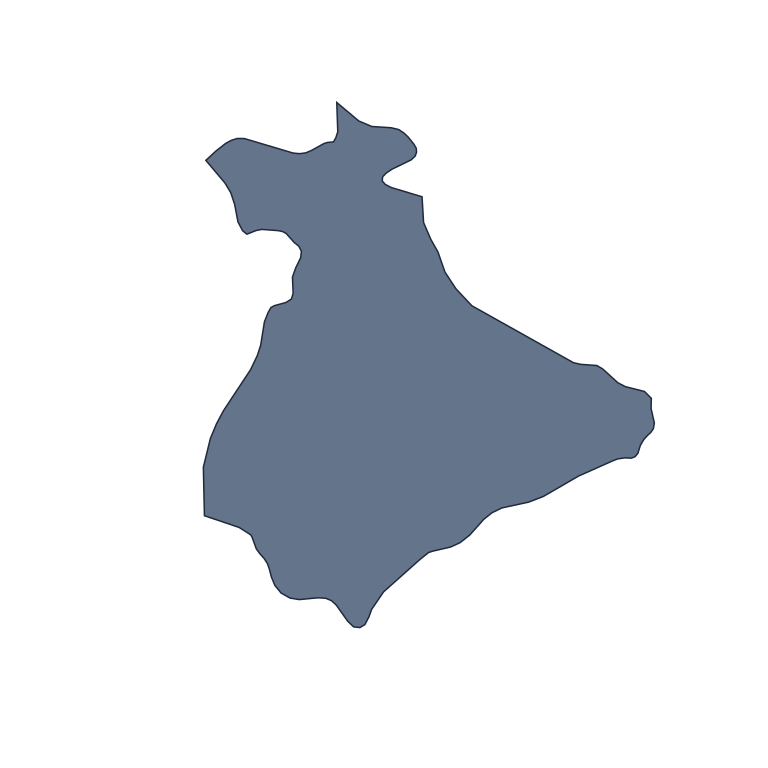 Bouira, Robinson projection, rotated 27°
{"feature_id": "DZA-2210", "entity_name": "Bouira", "entity_type": "Province", "adm_level": 1, "iso_a3": "DZA", "parent_name": "Algeria", "parent_adm1": "", "projection": "robinson", "projection_center": [3.808, 36.278], "detail": "fine", "context": "isolated", "style": "filled", "palette": "slate", "viewbox_px": 768, "rotation_deg": 27, "n_neighbors": 0, "source": "natural_earth", "source_scale": "10m", "svg_char_len": 1730}
<svg xmlns="http://www.w3.org/2000/svg" viewBox="0 0 768 768"><g transform="rotate(27 384 384)"><path d="M622.1,349.3L599.0,377.9L577.2,411.6L566.8,423.3L545.2,441.0L538.6,449.8L534.3,459.4L529.0,479.6L523.9,490.7L517.4,499.0L503.2,510.9L500.2,514.0L495.9,523.5L478.0,569.4L475.3,590.5L476.3,598.3L476.2,607.0L473.1,612.0L467.1,614.2L459.3,611.8L441.7,602.6L435.4,600.9L429.2,601.4L422.0,604.6L406.5,614.5L397.5,617.4L387.3,617.0L378.2,613.0L371.3,607.1L366.1,601.2L361.6,596.9L356.2,593.8L350.4,591.6L345.0,588.8L335.7,580.1L333.6,578.9L320.1,577.6L283.8,582.9L260.8,540.1L254.0,511.2L252.8,495.3L253.1,480.6L258.6,431.7L258.2,416.0L256.5,405.4L249.2,382.8L248.3,372.9L248.5,367.3L250.7,364.0L259.6,355.9L262.9,350.3L261.9,344.5L253.9,330.3L252.6,320.5L252.4,309.3L250.1,303.2L245.5,299.9L239.8,298.7L228.5,294.3L224.4,294.2L220.1,295.4L205.0,301.7L200.5,305.2L193.8,312.8L188.4,311.6L180.3,305.9L169.4,291.8L160.6,283.1L151.0,277.1L123.7,265.6L128.7,252.2L133.8,241.3L137.2,236.4L141.7,231.9L148.1,228.7L198.1,219.5L204.2,217.1L209.3,213.6L213.3,208.9L221.1,197.3L223.9,194.5L229.1,191.2L229.3,186.5L228.3,180.3L214.1,154.6L242.1,161.1L256.2,160.1L274.1,152.4L281.6,150.6L287.5,151.3L292.9,152.8L301.9,156.8L305.7,159.3L307.8,162.7L308.3,166.8L306.5,171.9L293.6,189.0L290.2,195.1L288.7,200.0L290.3,203.9L294.6,205.6L301.5,205.6L332.9,199.9L346.0,222.2L360.1,233.9L372.2,241.9L387.5,256.6L404.9,266.5L426.8,274.4L543.0,279.0L550.3,277.2L565.2,270.9L572.0,271.3L591.7,276.7L600.1,276.8L619.5,272.4L628.7,275.4L633.1,284.6L642.6,296.0L644.3,301.5L643.7,306.1L642.2,310.0L640.7,315.6L640.3,322.4L641.7,330.7L640.6,335.0L638.0,337.8L632.1,340.5L626.3,344.6L622.1,349.3Z" fill="#64748b" stroke="#1e293b" stroke-width="1.5"/></g></svg>